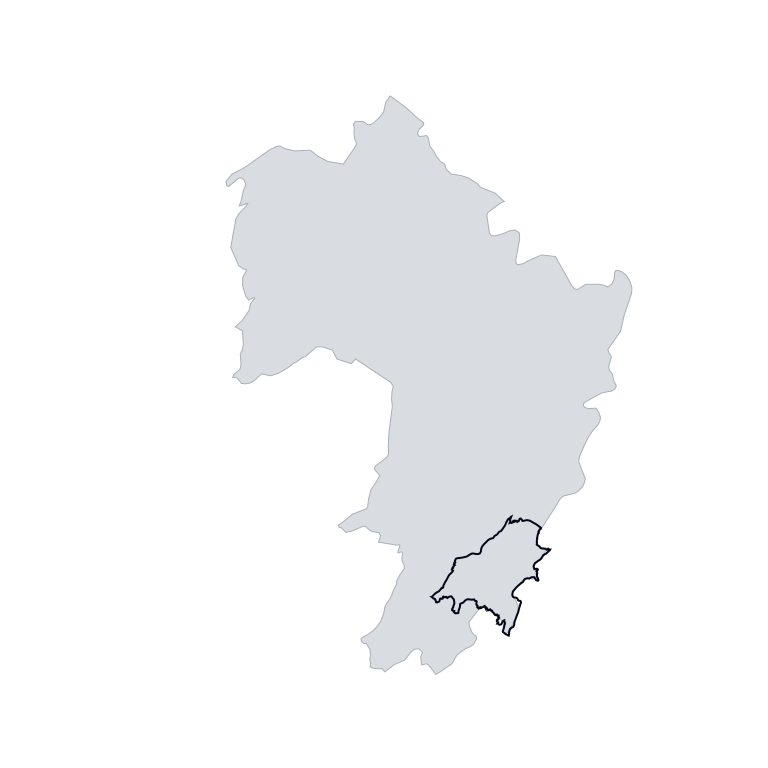 location of Beyla, Beyla, Guinea, rotated 34°
{"feature_id": "49546643B61238663992809", "entity_name": "Beyla", "entity_type": "district", "adm_level": 2, "iso_a3": "GIN", "parent_name": "Guinea", "parent_adm1": "Beyla", "projection": "equal_earth", "projection_center": [-8.173, 8.91], "detail": "fine", "context": "in_parent", "style": "outline", "palette": "ink", "viewbox_px": 768, "rotation_deg": 34, "n_neighbors": 0, "source": "geoboundaries", "source_scale": "gbopen_adm2", "svg_char_len": 9779}
<svg xmlns="http://www.w3.org/2000/svg" viewBox="0 0 768 768"><g transform="rotate(34 384 384)"><path d="M453.5,513.3L448.4,512.3L446.2,513.6L439.4,524.2L435.3,528.3L429.1,527.0L426.8,527.8L425.1,526.6L427.4,520.8L430.7,509.3L439.0,497.7L439.2,495.2L435.8,488.5L432.3,479.2L432.3,469.3L431.6,462.2L424.3,460.2L423.0,459.0L422.8,456.6L426.9,444.2L427.3,441.7L426.8,439.5L422.3,433.2L415.3,421.5L403.3,397.6L398.8,392.5L394.6,385.2L392.9,380.6L388.5,378.9L346.4,379.2L345.6,385.4L331.1,389.6L322.2,384.8L312.3,387.6L307.4,390.8L303.6,404.8L301.5,407.8L299.3,414.1L297.4,417.5L295.2,424.4L290.4,434.2L285.4,440.6L277.0,444.0L274.3,454.4L272.3,458.2L269.1,461.3L265.6,463.2L258.7,461.2L254.8,463.1L254.2,460.5L256.4,452.3L254.7,448.0L248.1,439.5L247.5,435.4L245.5,430.1L236.9,419.1L228.7,419.8L231.0,410.6L231.0,398.4L228.3,391.8L229.0,385.0L227.5,385.4L224.8,390.1L220.4,388.6L211.6,381.4L207.2,374.3L206.7,368.4L205.7,366.0L203.0,367.3L197.4,367.2L180.6,356.5L168.8,329.8L168.5,323.7L170.3,313.4L170.0,310.5L164.4,317.4L163.4,312.8L159.2,302.1L158.0,295.9L154.0,293.2L150.8,292.7L148.3,294.7L144.8,307.3L142.4,307.2L139.8,304.5L140.5,295.2L147.0,283.4L158.2,253.9L162.1,247.1L164.6,244.8L169.7,244.5L179.8,240.6L192.1,231.4L201.6,232.1L212.7,231.0L227.3,224.6L227.5,204.8L227.1,200.4L222.0,196.5L219.0,193.0L216.4,188.6L213.3,185.5L213.5,182.2L219.9,178.0L225.8,178.1L227.8,176.4L229.3,173.6L231.0,166.5L231.6,158.9L227.8,148.8L228.1,141.7L249.3,142.7L261.0,144.7L270.5,145.2L272.0,146.9L270.7,153.8L271.9,157.9L275.1,159.0L280.5,154.2L283.2,155.3L289.2,161.3L294.7,163.0L300.7,166.2L306.4,168.0L311.5,167.8L315.3,171.2L322.4,172.3L331.5,168.0L338.7,166.1L348.9,165.6L354.1,167.0L369.6,163.6L381.7,165.5L379.8,167.9L374.2,183.7L374.8,186.5L387.0,199.9L390.0,200.9L393.3,199.1L398.6,192.9L402.8,186.2L406.9,182.9L411.6,183.1L415.3,187.8L424.0,207.7L426.2,210.2L428.3,210.2L432.1,206.5L434.1,202.1L442.3,189.0L454.8,182.5L484.7,197.5L489.0,198.6L491.6,197.5L495.4,188.6L506.6,181.0L512.0,178.9L515.1,178.7L516.3,176.3L516.9,172.6L516.3,168.9L512.8,162.2L512.7,160.2L514.7,158.9L519.0,157.9L524.5,158.6L530.7,161.5L535.8,165.7L538.7,170.7L544.3,191.7L550.6,208.1L550.3,230.2L553.1,232.4L556.1,233.4L557.6,235.1L560.6,244.2L563.5,246.9L566.9,247.5L573.4,253.3L577.6,255.6L578.1,257.4L578.0,259.8L576.4,262.8L570.1,268.9L567.0,274.2L560.7,286.7L560.5,289.0L561.8,290.7L564.5,291.0L567.3,290.1L573.1,285.6L577.7,287.2L582.2,290.7L583.8,294.3L584.2,299.1L583.2,305.2L583.0,312.1L584.5,323.8L586.8,335.4L589.1,339.7L603.9,350.0L605.3,353.9L606.1,358.2L605.0,364.1L603.5,367.5L595.4,376.6L594.2,381.0L594.8,389.1L595.4,423.4L598.6,429.2L602.4,432.1L611.3,430.5L611.0,440.0L609.8,450.7L615.0,454.0L617.6,457.2L619.1,460.3L610.9,465.9L608.5,469.3L607.4,478.2L607.7,486.4L618.7,492.3L623.0,499.2L624.8,506.4L625.5,519.9L624.5,523.0L621.7,523.0L616.1,514.8L607.5,513.9L601.2,512.4L590.5,513.4L588.8,515.9L587.5,533.9L590.1,536.9L595.1,540.3L598.4,541.8L601.2,541.3L603.3,543.6L603.8,549.5L602.3,553.8L599.5,557.8L596.0,568.2L596.8,577.8L590.8,593.0L589.1,595.9L581.2,592.9L576.0,591.9L572.3,595.8L567.1,589.9L566.1,585.2L564.3,584.3L560.8,584.2L557.6,586.8L556.2,591.6L555.5,601.4L549.6,610.6L545.6,622.2L540.8,621.1L539.8,622.5L534.8,625.5L530.5,626.3L529.3,623.2L526.8,620.8L524.0,615.9L520.8,611.9L514.7,609.1L512.3,610.4L509.5,610.1L507.6,608.5L507.8,606.1L511.0,600.1L512.9,594.6L513.9,588.6L513.9,582.8L512.2,574.7L509.4,568.3L508.8,564.6L509.1,559.3L508.5,554.4L507.6,551.8L506.3,542.5L504.7,540.8L503.8,533.3L504.1,525.6L501.7,522.7L498.0,520.6L495.8,517.6L494.5,514.3L493.1,513.3L492.0,513.5L490.9,515.6L489.7,516.0L487.5,508.9L486.6,508.6L485.1,510.2L468.0,518.2L465.8,511.4L462.5,510.2L456.8,512.9L453.5,513.3Z" fill="#d9dde1" stroke="#a8b0b8" stroke-width="1"/><path d="M588.2,517.1L588.3,516.9L588.4,516.7L588.5,516.4L588.4,515.8L588.5,515.4L588.9,515.0L589.0,515.0L589.0,515.5L589.7,515.7L589.9,515.5L589.7,514.8L589.8,514.6L590.2,514.4L590.3,514.2L590.8,513.6L591.4,512.4L591.3,511.8L591.4,511.7L592.1,511.9L592.3,512.0L592.6,511.9L592.8,512.0L593.2,512.6L593.7,512.2L594.0,512.3L594.1,512.5L594.0,512.8L594.1,513.2L594.3,513.4L594.4,512.9L594.7,512.8L595.0,512.4L595.2,512.5L595.6,513.0L595.9,513.1L596.1,512.9L596.4,512.9L596.5,513.7L597.6,512.7L597.9,511.6L598.1,511.4L599.0,512.1L599.3,512.0L599.8,511.6L600.1,511.4L600.5,511.5L600.8,511.9L601.0,512.0L601.5,512.4L601.9,512.5L602.4,512.3L602.9,512.4L603.8,513.0L604.2,512.9L604.6,512.9L605.0,513.3L605.4,513.4L605.7,513.2L605.9,512.5L606.4,512.1L606.6,512.0L606.9,512.5L607.2,512.4L607.7,512.5L608.2,511.9L608.5,511.8L609.1,512.7L610.0,513.2L610.2,513.4L610.1,513.6L609.5,513.7L609.8,514.1L610.3,515.1L610.3,515.7L610.2,515.8L609.9,515.2L609.8,515.3L609.5,516.3L609.6,516.6L610.3,516.5L610.4,517.7L611.5,517.9L612.0,517.7L612.1,517.9L611.9,518.9L611.9,519.3L612.6,518.9L614.2,519.1L614.5,518.9L615.5,517.9L615.6,517.6L615.2,514.7L615.3,513.6L615.6,513.1L615.8,512.8L616.1,513.5L616.3,513.6L616.6,513.7L617.1,513.7L617.4,514.0L617.7,514.6L618.1,514.8L618.4,515.2L618.9,517.0L620.0,519.8L620.8,522.7L621.3,523.2L623.1,523.1L624.6,523.4L624.9,523.2L625.4,523.3L625.8,523.1L626.7,523.0L627.5,523.1L628.2,522.8L627.6,521.9L627.5,521.2L627.3,520.8L626.5,520.0L626.0,518.3L625.6,517.2L625.5,516.5L625.6,516.0L625.9,515.6L626.1,514.6L626.5,513.8L626.9,513.2L626.9,512.8L626.8,511.4L626.5,510.5L625.7,509.4L625.4,508.5L625.3,508.2L625.1,508.0L624.4,504.8L624.3,504.7L624.1,503.4L624.0,503.1L623.5,501.5L623.4,500.7L622.7,497.7L622.5,497.1L621.9,495.7L621.7,495.1L620.9,492.7L620.8,491.9L620.5,491.4L620.1,490.2L620.0,489.3L619.8,488.6L619.4,488.2L618.9,487.7L618.3,487.6L616.8,488.3L616.1,488.3L614.6,487.3L613.6,487.2L612.7,487.4L611.0,488.3L610.0,488.3L609.3,488.0L608.4,487.1L607.9,486.4L607.0,484.3L606.9,483.3L607.4,479.1L608.0,476.2L609.0,472.6L609.9,470.4L609.9,470.1L609.7,468.5L609.8,467.1L610.6,465.8L611.3,465.0L613.3,463.9L614.1,462.2L614.3,461.9L614.9,461.2L616.8,460.1L617.4,460.4L617.5,460.6L618.3,461.0L619.1,461.2L619.9,461.6L620.6,461.4L621.8,460.8L621.8,460.5L621.5,460.0L620.6,459.5L620.2,458.9L619.6,458.8L619.1,458.4L618.4,458.0L617.5,456.6L617.1,456.3L616.8,456.0L616.8,455.3L616.8,455.0L615.8,454.2L615.1,454.1L615.0,453.8L615.5,452.4L615.4,451.9L615.0,451.6L614.1,451.6L613.0,452.6L612.2,453.4L610.5,452.1L610.0,451.5L609.9,451.2L609.7,450.8L609.5,449.6L609.3,448.5L609.3,448.1L610.0,446.5L610.6,444.6L611.0,444.0L611.3,442.8L611.6,442.5L611.8,441.6L612.0,440.4L612.0,440.1L611.9,439.7L611.9,437.5L611.8,437.0L611.8,436.7L612.2,436.3L612.4,435.6L612.6,434.9L613.2,434.1L613.5,432.5L613.7,432.1L613.8,431.3L613.9,431.0L613.8,430.8L614.0,430.4L613.9,430.0L614.0,429.5L614.3,429.6L614.4,429.3L614.3,428.5L613.8,429.0L613.3,428.9L612.8,428.7L612.1,428.7L612.0,429.0L611.9,429.7L611.6,430.4L611.4,430.4L610.0,430.2L608.6,431.1L608.2,431.3L606.5,432.2L605.5,432.4L605.2,432.2L604.5,432.1L603.7,431.7L601.3,431.9L600.4,431.7L599.6,430.1L599.1,429.7L598.9,429.3L597.9,427.7L597.7,426.9L597.4,426.7L597.3,426.2L597.0,426.0L596.8,425.5L596.7,424.9L596.3,424.3L596.2,423.8L595.9,423.4L595.6,422.7L595.6,422.4L595.3,421.7L595.4,421.1L595.6,420.8L595.0,420.2L594.6,420.1L594.5,419.7L594.7,419.2L594.4,418.0L594.5,417.6L594.4,417.1L594.5,416.9L594.9,416.5L594.8,415.6L594.7,415.5L588.8,415.2L581.1,415.8L578.5,417.0L576.3,419.3L575.4,420.1L573.9,419.3L572.5,419.1L571.8,419.9L572.4,421.9L571.6,423.8L570.5,423.2L570.0,423.8L569.1,425.3L568.6,424.3L567.8,425.0L567.6,427.8L566.3,428.2L565.9,428.8L565.4,426.9L564.5,426.5L564.0,424.1L563.7,422.8L563.5,423.2L563.4,425.0L562.5,426.3L562.5,428.1L562.7,430.0L563.1,431.9L563.4,433.7L563.4,435.6L563.4,437.5L563.3,439.3L563.3,440.4L562.2,441.8L561.9,445.6L560.7,447.9L560.6,450.8L558.6,453.0L557.6,455.2L557.2,457.3L557.0,458.5L556.7,459.7L556.4,461.4L556.3,463.8L556.7,466.2L558.0,468.7L558.2,470.9L556.9,472.6L553.8,474.2L551.9,475.1L550.5,477.4L549.5,480.0L549.1,480.7L548.8,481.1L547.6,482.4L546.0,484.1L542.9,486.9L542.5,487.3L542.2,487.5L541.7,487.7L541.1,487.5L541.5,487.8L541.4,489.0L541.7,490.9L542.0,491.1L542.2,491.9L542.3,492.8L542.9,492.6L542.8,494.3L543.9,494.5L543.7,494.9L543.3,495.4L543.8,496.0L543.8,496.4L543.8,497.1L543.5,497.7L543.7,498.3L544.0,498.3L543.8,499.1L543.9,499.9L544.6,500.1L545.6,500.1L545.7,501.3L545.6,502.4L545.3,503.5L545.1,504.5L544.9,505.4L544.8,506.4L544.9,507.6L545.0,508.1L545.1,509.2L545.3,510.6L545.4,512.0L545.4,513.1L545.5,514.6L545.8,516.6L546.0,518.0L546.7,519.2L546.7,520.2L546.4,520.6L545.9,520.7L545.8,522.2L545.6,523.7L545.4,525.1L545.0,526.1L544.1,527.5L543.6,529.1L543.3,530.2L543.0,532.3L542.7,533.7L542.6,533.8L543.1,533.8L543.4,533.9L543.9,534.0L544.4,534.0L544.8,534.2L545.4,533.9L546.5,533.7L547.1,534.2L547.4,534.2L547.6,534.4L547.9,534.8L548.7,535.2L549.2,535.8L550.0,535.5L550.6,534.8L551.3,533.5L551.4,533.2L550.7,531.2L550.7,530.3L551.4,530.0L552.1,529.8L552.6,529.0L552.0,528.0L552.0,527.2L552.8,527.4L553.1,527.3L553.5,526.4L554.0,526.2L554.5,526.2L554.9,525.6L555.6,525.9L556.2,526.0L556.5,525.1L556.9,524.1L557.5,523.4L557.9,522.9L558.8,522.4L559.9,522.8L561.2,523.3L561.8,523.3L562.5,523.7L563.4,524.6L564.1,525.3L564.6,526.2L565.1,526.6L565.4,527.9L565.6,529.2L566.2,530.3L566.2,531.4L566.4,532.7L566.8,533.3L567.3,533.5L567.8,533.4L568.0,533.2L568.5,533.5L568.8,533.2L569.2,532.9L569.8,534.0L570.8,534.3L571.7,534.0L572.6,533.2L573.2,532.7L573.6,532.5L573.7,532.2L572.7,530.5L572.2,528.7L571.7,526.8L571.2,525.6L570.4,524.3L570.2,523.5L571.0,522.3L571.3,521.8L571.7,521.1L572.0,520.4L572.3,518.3L572.9,516.7L573.6,515.8L575.1,514.9L576.1,514.4L577.6,513.6L578.5,512.7L579.3,512.2L579.6,512.4L580.8,512.9L581.8,512.3L582.5,512.6L583.0,513.6L583.4,514.7L584.1,515.3L585.4,515.4L585.9,516.8L586.6,517.1L587.3,516.5L587.7,516.8L588.0,517.0L588.2,517.1Z" fill="none" stroke="#020617" stroke-width="2"/></g></svg>